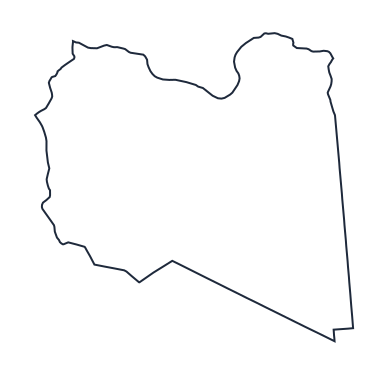 SVG path tracing the border of Libya, rotated 356°
{"feature_id": "LBY", "entity_name": "Libya", "entity_type": "country or territory", "adm_level": 0, "iso_a3": "LBY", "parent_name": "Africa", "parent_adm1": "", "projection": "natural_earth1", "projection_center": [17.634, 26.339], "detail": "fine", "context": "isolated", "style": "outline", "palette": "slate", "viewbox_px": 384, "rotation_deg": 356, "n_neighbors": 0, "source": "natural_earth", "source_scale": "50m", "svg_char_len": 2985}
<svg xmlns="http://www.w3.org/2000/svg" viewBox="0 0 384 384"><g transform="rotate(356 192 192)"><path d="M44.8,101.7L47.1,100.5L50.4,99.1L52.1,98.1L52.8,97.2L55.3,93.6L56.6,91.6L58.4,88.9L59.2,87.0L59.2,85.2L59.0,83.1L57.7,78.0L56.8,73.1L57.6,71.2L58.3,70.3L59.9,67.9L60.5,67.5L63.7,66.8L65.0,65.2L66.1,63.3L66.3,62.3L67.8,61.2L69.5,60.1L70.5,58.8L73.9,56.6L77.1,54.7L80.7,52.6L83.5,51.0L84.1,49.6L84.1,48.4L82.6,45.7L82.7,42.5L82.8,39.8L83.0,38.2L83.8,33.8L83.8,33.2L86.7,34.7L89.6,35.2L98.3,40.7L101.1,41.4L107.3,42.0L114.6,39.8L117.3,39.4L122.1,41.5L124.2,42.1L127.7,42.3L133.8,44.2L135.3,44.8L138.8,47.9L140.5,48.8L153.0,51.6L154.7,53.4L156.4,56.9L156.5,61.3L157.4,64.5L159.0,68.6L160.8,71.5L162.9,73.9L165.3,75.5L170.8,77.7L177.1,78.6L183.3,78.9L194.1,82.0L203.3,85.5L205.5,87.3L210.1,89.0L219.3,97.4L224.4,100.3L227.9,100.9L231.1,100.4L236.8,97.5L239.2,95.7L244.8,88.5L246.7,84.7L247.4,82.0L247.2,79.3L246.5,76.9L244.9,74.3L243.7,70.9L243.0,64.9L243.9,60.7L245.0,58.1L246.7,55.6L251.3,50.6L256.1,47.2L264.4,42.6L269.2,42.6L271.2,42.1L275.2,38.9L276.8,38.8L279.0,39.5L285.6,39.3L288.5,40.2L292.0,42.2L296.4,43.4L299.5,44.7L302.8,46.3L303.6,50.2L303.2,51.4L303.2,52.9L306.6,55.7L316.3,56.9L318.3,57.7L321.0,59.8L322.7,60.4L329.3,60.7L333.2,60.3L336.9,61.0L338.3,61.7L339.7,63.3L341.5,67.3L342.2,68.6L341.5,69.3L340.5,70.7L339.8,71.9L338.1,73.9L336.7,76.1L336.9,79.2L337.3,82.4L338.3,85.6L339.2,89.0L339.0,91.3L338.4,94.1L337.5,96.4L334.8,101.3L334.3,102.4L334.5,104.0L336.4,109.7L336.5,111.5L337.7,117.1L338.7,121.6L339.9,125.1L340.0,126.1L340.1,131.3L340.2,136.5L340.3,141.7L340.4,146.9L340.5,152.1L340.6,157.4L340.7,162.6L340.8,167.8L340.9,173.0L340.9,178.2L341.0,183.4L341.1,188.7L341.2,193.9L341.3,199.1L341.4,204.3L341.4,209.5L341.5,214.7L341.6,219.9L341.7,225.1L341.8,230.4L341.8,235.6L341.9,240.8L342.0,246.0L342.1,251.2L342.1,256.4L342.2,261.6L342.3,266.8L342.4,272.0L342.4,277.3L342.5,282.5L342.6,287.7L342.6,292.9L342.8,304.4L342.9,316.0L343.1,327.5L343.2,339.1L338.1,339.2L333.3,339.2L328.5,339.2L323.7,339.2L323.7,342.1L323.7,345.0L323.8,347.9L323.8,350.8L314.4,345.3L304.9,339.8L295.5,334.4L286.1,328.9L276.7,323.4L267.3,317.9L257.9,312.4L248.6,306.9L239.2,301.5L229.9,296.0L220.5,290.5L211.2,285.0L201.8,279.5L192.5,274.0L183.2,268.5L173.9,263.0L167.5,259.3L160.6,263.0L155.1,265.9L147.9,269.7L139.7,274.6L133.3,278.4L133.0,278.4L132.8,278.3L126.2,271.9L121.1,266.8L118.9,265.4L109.2,262.8L99.6,260.3L89.6,257.6L87.8,253.5L85.8,248.9L83.0,243.1L81.4,239.6L80.8,239.1L73.1,236.3L65.0,233.6L60.2,235.2L59.4,235.1L58.0,234.1L56.7,232.7L56.0,230.7L54.1,228.0L52.4,222.0L52.3,217.2L52.0,215.5L47.9,208.7L44.1,202.5L41.6,198.4L41.2,196.5L41.5,194.3L42.6,192.2L46.3,189.8L49.7,187.1L50.2,185.3L50.5,180.3L49.5,178.7L48.7,175.7L48.0,171.7L47.9,169.1L49.5,163.9L51.3,158.5L50.3,152.5L49.7,140.5L50.4,131.1L50.1,127.6L49.8,126.2L48.8,121.7L47.5,117.1L46.9,115.5L45.1,111.8L42.3,107.2L40.8,104.4L42.9,102.9L44.8,101.7Z" fill="none" stroke="#1e293b" stroke-width="2"/></g></svg>